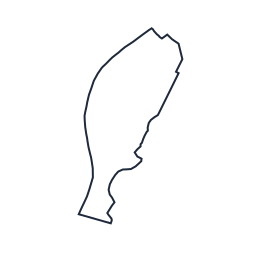 outline of Russey Keo, Phnom Penh, Cambodia, rotated 235°
{"feature_id": "14789045B60405895501285", "entity_name": "Russey Keo", "entity_type": "district", "adm_level": 2, "iso_a3": "KHM", "parent_name": "Cambodia", "parent_adm1": "Phnom Penh", "projection": "robinson", "projection_center": [104.893, 11.621], "detail": "fine", "context": "isolated", "style": "outline", "palette": "slate", "viewbox_px": 256, "rotation_deg": 235, "n_neighbors": 0, "source": "geoboundaries", "source_scale": "gbopen_adm2", "svg_char_len": 1277}
<svg xmlns="http://www.w3.org/2000/svg" viewBox="0 0 256 256"><g transform="rotate(235 128 128)"><path d="M196.1,204.5L196.2,201.3L196.1,193.9L195.9,187.5L195.8,184.4L195.7,181.8L196.0,172.2L195.7,167.6L195.2,163.6L195.1,160.6L195.0,159.1L194.8,155.6L194.2,151.8L193.2,146.6L192.7,142.9L192.3,140.9L189.9,134.4L186.3,127.1L181.7,120.9L177.6,115.1L172.6,109.5L169.3,106.2L165.5,102.0L162.8,99.3L158.7,96.7L153.3,93.5L147.1,90.4L143.0,88.6L140.1,87.1L134.8,84.6L128.2,82.0L125.2,80.9L121.6,79.2L115.2,76.0L107.7,70.9L102.8,64.8L99.8,61.0L95.5,55.2L92.3,49.7L90.0,45.6L87.3,41.0L85.6,38.2L59.8,59.2L61.7,61.8L63.3,62.5L68.2,62.2L70.2,62.3L72.0,66.5L73.6,70.2L74.9,74.3L80.1,75.0L84.0,74.9L88.5,76.7L92.3,80.8L94.7,85.2L96.9,90.7L97.9,95.0L97.0,99.9L94.7,103.5L92.7,106.9L92.2,112.3L92.5,114.4L92.7,116.2L93.2,119.8L95.1,121.5L99.3,119.3L104.2,119.5L105.2,123.5L105.7,127.7L107.5,129.0L107.9,130.9L110.3,134.2L112.1,137.1L114.1,141.1L114.4,142.7L117.1,144.4L120.2,147.9L121.5,151.5L121.7,156.3L121.5,158.6L121.5,160.0L133.3,181.6L143.9,200.9L146.5,199.6L153.2,212.0L168.1,217.8L172.2,216.2L175.5,215.0L182.0,213.7L181.9,209.1L181.9,207.1L184.5,206.1L185.9,206.1L187.8,205.5L189.1,205.3L192.4,204.9L194.5,205.0L196.1,204.5Z" fill="none" stroke="#1e293b" stroke-width="2"/></g></svg>